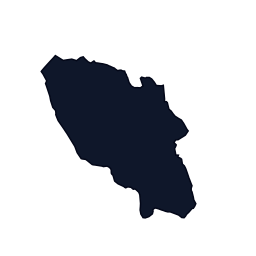 Al Mawasit, Ta`izz, Yemen (orthographic projection), rotated 43°
{"feature_id": "15242507B76760734874211", "entity_name": "Al Mawasit", "entity_type": "district", "adm_level": 2, "iso_a3": "YEM", "parent_name": "Yemen", "parent_adm1": "Ta`izz", "projection": "orthographic", "projection_center": [44.115, 13.304], "detail": "fine", "context": "isolated", "style": "filled", "palette": "ink", "viewbox_px": 256, "rotation_deg": 43, "n_neighbors": 0, "source": "geoboundaries", "source_scale": "gbopen_adm2", "svg_char_len": 3041}
<svg xmlns="http://www.w3.org/2000/svg" viewBox="0 0 256 256"><g transform="rotate(43 128 128)"><path d="M174.0,89.1L172.0,88.8L165.3,86.6L164.7,86.5L163.3,86.2L163.1,86.1L162.5,86.0L161.6,85.8L158.2,86.6L155.9,87.0L154.3,87.3L152.2,87.0L151.5,87.0L151.4,86.9L151.2,86.9L148.0,86.2L146.8,86.3L146.0,86.3L145.0,86.3L139.4,82.6L138.1,82.6L136.7,83.9L134.9,81.8L124.7,72.7L123.6,74.5L119.7,77.6L116.1,76.6L114.0,76.3L113.5,76.2L111.9,76.0L109.3,76.5L109.0,76.6L107.1,78.4L107.0,78.5L106.8,79.7L103.3,81.5L103.2,83.2L110.3,87.0L109.7,90.2L107.3,92.1L105.4,94.0L105.2,94.2L101.8,95.0L101.6,95.0L101.1,94.8L98.3,94.2L97.7,94.0L95.4,92.7L95.0,92.5L93.4,91.5L93.0,91.4L91.9,91.1L90.2,90.1L88.8,89.8L86.7,88.7L85.0,90.0L83.5,90.4L82.5,91.4L81.4,93.0L80.5,93.3L79.2,93.4L79.0,93.5L77.2,93.5L76.0,94.0L74.0,94.7L72.7,95.1L72.4,95.3L70.8,95.8L69.7,96.1L65.9,98.2L63.6,99.8L61.6,101.1L59.8,102.5L59.1,102.4L57.4,102.2L56.7,105.2L56.6,105.9L53.8,106.8L49.3,106.8L46.7,106.5L45.2,109.0L44.5,113.8L39.9,116.0L38.8,117.4L38.3,118.0L34.5,122.8L25.5,124.6L25.6,127.4L25.6,131.2L25.6,131.7L25.6,132.7L25.7,140.8L25.9,144.8L26.0,145.8L26.3,145.9L28.8,146.4L36.4,148.9L37.4,151.7L39.6,152.8L49.1,158.0L52.9,160.8L59.0,164.2L63.1,164.6L65.2,166.3L66.1,167.5L68.8,168.8L71.6,170.1L72.3,170.3L76.0,171.1L82.7,172.6L85.1,173.2L86.6,173.5L87.7,173.8L101.7,177.7L107.7,180.7L114.6,182.3L115.5,181.9L117.9,180.2L118.3,179.9L119.1,179.7L125.7,179.2L126.8,179.1L127.3,178.8L128.4,178.1L128.7,177.8L133.3,174.7L135.4,173.3L135.8,173.2L136.2,173.1L136.9,172.3L138.2,170.7L138.6,170.3L140.2,169.6L140.9,169.6L142.4,169.5L143.6,169.8L144.2,170.0L145.2,171.0L146.6,172.4L147.8,172.8L149.2,172.8L150.6,173.6L152.0,174.4L152.1,174.5L153.4,175.3L154.5,175.9L154.8,175.9L157.4,175.7L158.8,175.6L163.7,174.0L164.0,173.9L165.2,173.6L166.1,173.6L166.9,173.4L167.2,173.2L167.5,172.1L168.2,171.0L170.7,169.3L173.6,169.2L174.5,168.0L175.4,167.6L178.2,167.6L178.9,167.6L180.0,167.7L181.1,168.3L182.2,168.8L187.6,173.7L188.5,174.5L189.2,175.3L190.9,177.3L191.5,178.1L192.8,179.7L196.2,182.2L199.6,183.1L200.1,183.3L201.9,182.0L203.7,178.6L204.4,174.2L203.1,171.8L201.8,170.8L202.1,168.5L203.0,167.5L203.2,167.4L205.6,166.2L207.0,165.6L208.5,165.0L209.1,164.7L209.7,164.4L210.8,163.9L212.1,163.4L214.3,162.2L215.5,161.1L215.6,160.9L215.9,160.6L217.1,160.1L217.8,159.8L224.4,157.1L228.4,156.8L228.6,156.6L230.2,155.4L230.2,154.6L230.2,153.4L229.7,151.2L229.9,148.4L229.9,147.7L229.7,143.3L230.5,142.2L230.3,140.7L230.1,139.7L230.0,139.4L229.2,137.1L225.1,135.7L223.0,134.1L218.4,131.1L216.7,130.5L215.2,128.8L214.9,128.2L214.8,127.8L214.5,127.3L214.2,126.6L212.6,125.9L208.1,123.7L206.3,122.9L205.9,122.6L202.4,120.7L198.4,118.6L198.2,118.5L197.0,118.0L195.0,117.3L192.4,117.3L191.7,116.8L191.2,116.4L188.5,114.3L187.6,114.3L187.2,114.3L184.2,115.3L183.4,113.5L181.3,115.2L180.3,114.3L176.1,111.3L175.4,108.9L174.8,107.5L174.3,107.4L171.6,107.4L171.2,105.5L171.0,104.1L171.7,103.4L172.0,103.0L172.6,102.4L174.8,94.1L174.0,89.1Z" fill="#0f172a" stroke="#020617" stroke-width="1.5"/></g></svg>